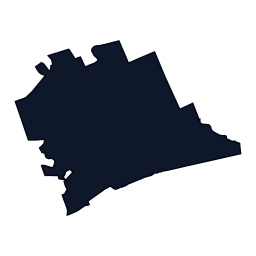 Sprancenata, Olt, Romania
{"feature_id": "2599482B2339465789380", "entity_name": "Sprancenata", "entity_type": "district", "adm_level": 2, "iso_a3": "ROU", "parent_name": "Romania", "parent_adm1": "Olt", "projection": "orthographic", "projection_center": [24.622, 44.051], "detail": "fine", "context": "isolated", "style": "filled", "palette": "ink", "viewbox_px": 256, "rotation_deg": 0, "n_neighbors": 0, "source": "geoboundaries", "source_scale": "gbopen_adm2", "svg_char_len": 5326}
<svg xmlns="http://www.w3.org/2000/svg" viewBox="0 0 256 256"><path d="M89.1,204.5L87.7,201.2L90.7,199.0L99.6,192.7L105.9,188.2L106.9,188.1L109.6,186.2L110.1,186.2L111.7,186.8L113.5,188.3L114.7,189.0L115.9,189.2L121.7,186.7L122.2,186.5L122.3,186.9L126.3,185.2L126.0,184.8L134.0,181.5L139.9,179.1L140.8,178.8L143.2,177.7L145.4,176.9L147.2,176.4L151.2,175.3L153.1,174.1L152.7,173.8L152.7,173.7L154.2,173.0L155.3,172.9L155.6,172.9L156.8,172.9L157.2,172.8L157.7,172.6L158.5,172.1L159.0,172.0L159.6,172.0L160.2,171.8L161.4,171.7L161.5,171.3L163.7,170.8L166.4,170.3L166.9,170.3L168.4,170.0L173.2,168.8L174.0,168.7L186.4,165.8L200.8,162.6L240.6,153.6L239.6,144.6L239.7,143.8L239.3,143.2L237.0,142.5L235.5,141.9L234.9,141.2L233.3,141.4L230.9,141.2L228.5,141.0L228.5,140.6L229.2,140.5L230.0,140.4L229.2,140.0L228.5,139.8L227.7,139.4L227.0,138.9L226.6,138.6L226.5,138.3L226.3,137.8L226.2,137.2L226.2,136.9L226.2,136.4L226.1,136.2L225.8,136.1L225.7,136.1L225.4,136.3L225.2,136.3L225.2,136.2L225.2,135.9L225.0,135.7L224.8,135.6L224.5,135.6L224.1,135.7L223.7,135.8L223.4,135.8L223.1,135.8L222.9,135.7L222.7,135.7L222.4,135.7L222.2,135.8L221.3,135.7L220.4,135.3L220.3,135.2L220.1,135.2L219.9,135.3L219.6,135.4L219.2,135.2L218.8,135.1L218.7,135.0L218.5,134.8L218.3,134.6L218.2,134.4L217.9,134.3L217.3,134.1L216.8,133.8L216.5,133.6L216.1,133.4L215.8,133.4L215.6,133.3L215.2,133.1L215.0,132.8L214.8,132.6L214.0,132.1L213.3,131.8L212.7,131.4L212.2,130.9L211.8,130.3L211.5,129.8L211.2,129.3L210.9,128.8L210.7,127.5L210.4,127.0L210.2,126.4L209.8,125.9L209.5,125.5L209.3,125.2L208.8,124.9L208.3,124.8L207.8,124.7L205.2,124.5L204.3,124.5L203.0,124.3L202.1,124.1L201.5,123.9L201.0,123.6L200.7,123.3L200.5,122.9L200.3,122.6L200.2,122.4L200.1,122.2L199.8,121.8L199.7,121.4L199.6,121.2L199.5,120.9L199.5,120.7L199.6,120.4L199.9,120.2L199.7,119.1L197.9,119.8L198.2,118.8L198.3,118.4L198.2,117.7L197.9,116.6L197.5,115.6L197.3,115.0L196.2,112.4L192.7,103.5L192.7,103.4L179.7,109.4L165.0,77.1L154.5,52.0L141.7,57.4L128.4,63.2L118.9,41.0L102.7,45.1L102.1,45.0L101.5,45.3L100.9,45.6L100.7,45.7L99.8,45.7L99.0,45.8L98.7,45.8L98.2,45.8L97.6,45.8L97.0,45.8L96.4,45.9L96.1,46.0L95.8,46.1L95.7,46.2L95.1,46.3L94.8,46.3L94.6,46.4L94.3,46.6L94.0,46.8L93.8,47.0L93.5,47.3L93.0,47.8L92.7,48.1L92.6,48.3L92.4,48.6L92.2,48.9L92.1,49.0L92.0,49.9L92.0,50.2L91.8,50.2L91.8,50.5L91.8,50.8L91.9,51.1L93.4,53.9L94.2,55.4L94.3,55.6L94.8,56.0L95.6,56.7L96.1,57.1L97.0,57.9L97.2,58.2L97.5,58.5L97.7,59.1L98.0,60.3L98.1,61.0L96.6,61.6L97.0,62.0L96.5,62.4L89.5,65.2L85.0,67.1L80.4,57.1L80.1,57.2L77.6,58.0L76.4,58.6L75.9,58.8L75.1,59.1L73.9,57.2L72.0,54.2L71.0,52.8L70.2,51.4L68.8,49.4L68.0,49.6L66.5,50.1L63.7,50.9L62.0,51.5L60.6,51.9L58.6,52.5L58.1,52.7L57.4,52.9L56.1,53.3L54.7,53.7L53.5,54.1L52.7,54.3L51.6,54.7L49.9,55.2L48.8,55.5L48.3,55.7L50.5,58.1L51.7,59.6L51.8,59.8L52.9,65.0L50.9,65.8L51.0,66.0L51.1,66.4L51.0,67.0L50.6,69.7L50.6,69.9L49.4,70.7L49.2,70.9L48.8,70.6L43.6,64.0L42.8,63.5L42.6,63.2L42.2,63.2L41.8,63.1L41.5,63.0L41.2,63.0L40.7,63.0L40.1,63.7L35.7,66.8L37.4,69.9L38.9,71.9L40.4,73.4L42.4,74.4L42.8,73.9L45.2,75.8L43.0,78.5L38.6,83.9L32.5,91.4L25.9,97.7L22.4,99.1L15.4,101.5L24.6,128.4L28.5,139.9L35.9,139.9L36.7,139.8L40.5,139.5L41.6,139.5L42.4,139.4L44.5,139.0L44.4,141.3L44.2,143.5L41.3,146.6L39.6,148.0L41.5,151.4L41.8,152.0L41.9,152.4L43.4,152.3L43.5,152.5L43.6,152.8L43.9,152.9L44.1,152.9L44.4,152.9L44.8,152.9L44.9,153.2L45.0,153.5L45.2,154.4L45.4,155.3L45.7,156.3L46.0,157.1L46.2,157.4L46.7,157.7L47.4,158.1L48.0,158.3L48.5,158.5L49.4,158.5L49.6,158.5L50.1,158.3L50.7,158.2L50.9,158.2L51.3,158.2L51.7,158.1L52.0,158.2L52.3,158.4L52.5,158.7L53.2,159.1L53.8,159.5L54.2,159.9L54.5,160.2L54.6,160.6L54.8,161.0L54.9,161.5L54.9,161.9L54.9,162.4L54.9,162.6L54.9,162.8L54.7,162.9L54.6,163.1L54.3,164.6L54.1,165.3L53.8,165.9L53.4,166.5L53.2,166.9L53.0,167.6L52.7,168.0L52.3,168.0L51.7,167.7L51.2,167.5L50.6,167.4L49.6,167.1L48.9,166.9L48.3,166.7L48.0,166.6L47.7,166.6L47.1,166.4L46.8,166.2L46.2,166.0L45.8,165.9L45.0,165.7L44.0,165.6L43.6,165.4L43.3,165.3L42.9,165.3L42.6,165.3L42.0,165.4L41.6,165.6L41.8,166.2L42.1,167.2L42.3,167.6L42.9,169.3L43.4,170.8L44.0,172.3L45.1,175.4L47.7,175.3L48.9,175.3L50.2,175.3L55.7,175.5L56.8,175.5L57.7,175.6L58.1,175.7L58.6,176.1L58.7,176.7L58.9,178.6L59.6,178.8L60.9,179.0L61.5,179.1L62.0,179.2L64.9,179.8L65.1,179.6L64.6,179.0L63.5,177.6L63.0,177.1L63.4,176.6L63.8,176.0L64.2,175.2L64.5,174.7L64.8,174.1L64.9,173.9L65.0,173.6L65.2,173.1L65.2,172.7L65.3,172.2L65.5,171.6L66.8,170.8L67.7,170.3L68.5,169.9L69.0,169.6L69.5,169.3L69.9,169.1L70.8,170.0L71.5,170.7L72.5,171.7L73.0,172.3L72.6,172.7L72.1,173.2L71.0,174.3L70.2,175.2L68.4,177.2L66.9,178.9L66.7,179.1L65.8,180.1L65.3,180.6L64.6,181.4L64.2,181.7L64.4,182.2L64.7,183.1L64.8,183.5L64.9,184.0L65.1,184.4L65.2,185.0L65.5,185.8L66.4,187.6L66.8,188.7L67.6,190.4L67.3,190.5L66.9,190.7L66.5,190.8L66.4,190.8L65.8,192.2L65.4,192.8L65.2,193.2L65.1,193.6L64.6,194.0L64.2,194.2L62.3,195.1L62.6,195.8L63.1,197.3L63.3,197.9L64.7,201.6L65.0,202.3L65.1,202.7L65.6,204.0L65.9,204.9L66.0,205.2L66.6,206.9L67.0,208.0L67.2,208.6L67.3,208.8L67.4,209.3L67.5,209.6L67.6,210.3L67.6,210.6L67.7,211.0L67.6,211.4L67.6,211.8L67.6,212.2L67.5,212.5L67.3,215.0L69.7,214.1L73.7,212.4L77.6,210.6L84.9,205.5L86.4,205.2L86.8,205.3L89.1,204.5Z" fill="#0f172a" stroke="#020617" stroke-width="1.5"/></svg>